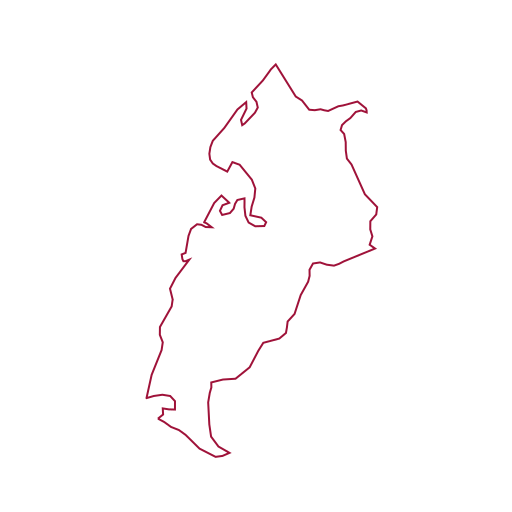 the border of Trikuṇāmalaya, rotated 232°
{"feature_id": "LKA-2454", "entity_name": "Trikuṇāmalaya", "entity_type": "District", "adm_level": 1, "iso_a3": "LKA", "parent_name": "Sri Lanka", "parent_adm1": "", "projection": "albers", "projection_center": [81.128, 8.569], "detail": "fine", "context": "isolated", "style": "outline", "palette": "rose", "viewbox_px": 512, "rotation_deg": 232, "n_neighbors": 0, "source": "natural_earth", "source_scale": "10m", "svg_char_len": 2106}
<svg xmlns="http://www.w3.org/2000/svg" viewBox="0 0 512 512"><g transform="rotate(232 256 256)"><path d="M188.2,78.5L188.3,85.2L193.3,88.7L188.8,92.9L184.9,97.6L191.5,102.8L198.5,102.2L204.3,96.8L208.6,89.3L211.4,82.3L211.5,82.3L226.6,100.6L240.0,123.7L245.4,129.4L253.1,131.7L259.2,136.6L268.2,158.5L270.5,160.9L272.9,163.4L272.9,163.5L283.2,168.1L288.3,179.1L294.2,201.2L295.3,197.2L296.6,195.6L298.9,196.1L303.0,198.4L301.8,202.4L313.4,215.2L317.3,221.5L317.3,229.1L314.2,232.2L309.8,234.2L305.9,238.8L309.0,238.0L312.1,237.2L312.9,236.8L314.4,235.9L314.5,235.9L323.5,255.7L324.9,266.0L314.5,267.7L314.4,267.7L316.6,260.9L313.8,255.4L309.2,254.6L305.9,261.9L307.0,267.5L310.0,271.6L311.6,275.8L308.5,282.4L306.0,280.5L301.5,276.9L294.2,272.4L286.9,270.8L279.9,273.7L274.5,281.0L276.4,284.8L282.9,283.8L291.6,276.6L297.6,283.0L303.0,290.7L309.6,297.0L318.7,299.7L338.0,299.3L344.5,295.2L340.2,285.3L351.2,280.2L355.5,278.9L360.2,279.2L365.3,282.2L369.9,287.1L373.4,292.9L376.4,309.8L382.9,331.6L383.1,337.3L383.3,343.0L378.0,339.3L372.5,328.0L367.6,325.7L367.4,328.7L369.4,342.5L369.6,343.5L371.9,348.8L374.7,350.1L377.2,351.3L377.3,351.3L383.0,351.3L387.5,353.3L390.1,369.5L393.3,380.7L393.9,382.6L394.8,389.5L357.2,385.5L350.2,388.0L343.8,388.0L338.5,388.0L334.7,392.1L331.9,397.2L328.8,399.5L325.9,402.1L323.3,413.1L321.1,417.2L315.2,431.1L304.7,433.5L302.7,432.8L301.0,431.6L305.9,428.5L308.1,423.3L306.6,415.2L306.8,409.8L306.2,404.4L303.2,400.2L297.9,400.6L290.5,396.8L283.7,391.6L276.8,387.6L269.3,387.6L237.6,379.8L219.9,381.6L214.7,376.3L213.0,367.5L206.6,362.4L199.8,359.8L194.9,352.5L188.6,354.4L197.7,321.9L198.7,316.6L200.4,311.5L205.6,306.4L211.5,302.5L215.0,296.3L212.2,289.7L207.3,286.0L203.6,281.2L197.7,267.2L186.6,250.7L184.9,240.6L180.5,236.2L176.9,232.2L176.6,223.5L183.1,208.3L179.9,199.5L172.2,182.5L171.9,164.3L179.0,153.9L183.9,142.9L179.9,139.9L176.6,135.3L170.1,128.2L152.0,115.5L141.3,109.4L129.0,109.1L117.2,113.9L119.1,106.5L122.6,100.5L139.0,92.9L158.3,90.4L166.3,88.1L173.6,83.8L181.6,81.5L188.2,78.6L188.2,78.5Z" fill="none" stroke="#9f1239" stroke-width="2"/></g></svg>